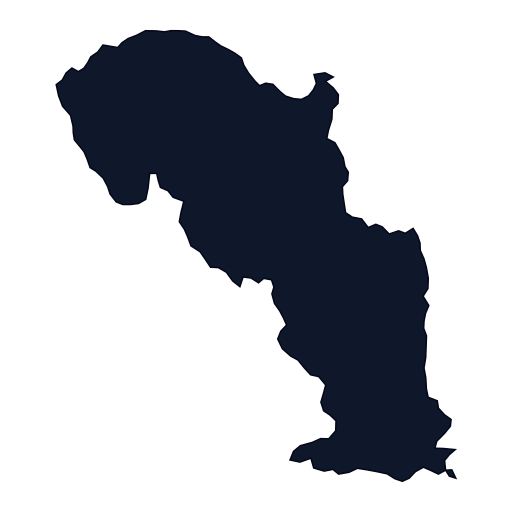 the district of José Raydan, Minas Gerais, Brazil
{"feature_id": "56859067B76751419616025", "entity_name": "José Raydan", "entity_type": "district", "adm_level": 2, "iso_a3": "BRA", "parent_name": "Brazil", "parent_adm1": "Minas Gerais", "projection": "orthographic", "projection_center": [-42.476, -18.259], "detail": "fine", "context": "isolated", "style": "filled", "palette": "ink", "viewbox_px": 512, "rotation_deg": 0, "n_neighbors": 0, "source": "geoboundaries", "source_scale": "gbopen_adm2", "svg_char_len": 2452}
<svg xmlns="http://www.w3.org/2000/svg" viewBox="0 0 512 512"><path d="M445.6,470.2L444.6,460.5L449.3,454.7L455.2,449.6L443.6,448.5L434.9,448.2L436.8,441.2L444.6,433.3L450.4,426.2L451.1,419.5L444.3,414.6L438.4,408.1L437.3,400.8L428.1,397.2L426.4,388.9L425.8,377.8L424.0,368.0L425.7,357.5L426.1,347.1L426.5,335.8L423.7,328.4L424.0,321.3L425.5,313.5L428.8,305.5L423.1,296.2L427.9,288.6L428.3,278.4L426.4,267.6L424.0,258.9L420.3,250.6L420.0,243.0L417.6,235.8L413.1,228.4L405.3,233.3L398.6,230.8L389.2,234.0L382.2,226.8L375.8,224.3L368.2,227.5L361.6,218.9L352.2,217.1L345.6,212.7L344.1,203.0L342.8,194.3L342.4,186.7L347.6,180.7L348.3,172.2L344.9,166.6L343.2,157.6L338.7,149.3L334.9,142.7L326.8,138.5L328.4,130.4L331.9,119.2L332.3,109.2L338.0,103.4L338.4,94.7L333.2,87.8L325.4,81.3L333.3,77.0L325.0,72.8L314.0,74.5L316.4,83.5L313.3,89.9L308.6,95.8L301.4,99.4L293.5,98.6L285.6,96.1L280.0,91.5L272.9,84.3L265.7,83.2L259.6,85.7L255.0,81.1L248.5,73.0L243.8,65.2L241.4,57.9L234.8,53.2L228.5,49.6L220.8,45.9L215.3,42.0L208.8,36.9L202.5,36.9L195.0,35.5L185.5,31.1L177.9,30.7L170.7,30.7L164.5,31.8L156.0,30.9L145.5,30.7L136.1,35.5L128.2,38.5L122.0,42.7L117.7,47.5L111.1,46.4L103.0,45.0L97.7,52.1L90.8,56.8L87.7,62.7L83.8,68.3L78.3,71.6L71.9,68.0L66.0,73.1L62.3,80.0L56.2,84.6L58.6,95.8L62.6,106.3L70.5,115.3L73.0,125.9L73.3,133.0L74.4,139.9L79.2,145.7L84.0,151.7L87.1,159.0L90.1,167.6L96.0,171.3L103.2,178.2L107.7,186.7L110.1,194.1L116.2,201.9L122.8,204.5L130.5,204.5L138.5,203.5L145.7,199.4L148.0,188.6L149.7,173.4L156.7,173.4L158.3,180.7L160.4,187.4L167.9,190.7L173.1,197.3L183.8,201.2L181.0,212.5L179.3,221.7L184.4,229.3L187.8,237.2L191.0,245.9L200.1,251.8L205.3,259.3L210.5,267.2L218.3,267.6L226.3,272.2L232.7,281.0L239.9,286.7L243.1,277.0L251.0,278.0L258.5,282.8L263.7,278.4L271.5,279.8L273.9,287.1L271.9,293.9L274.5,303.5L279.5,310.5L283.2,317.4L286.6,325.0L280.8,331.2L277.7,339.0L282.4,348.8L290.7,356.1L297.9,360.0L304.4,368.0L310.6,374.8L318.7,376.6L325.7,385.0L323.5,393.3L320.9,402.2L323.7,410.9L329.8,414.9L336.0,420.8L335.7,430.8L328.7,438.8L320.6,438.6L312.3,442.4L300.3,445.7L293.5,451.4L290.0,460.0L300.0,462.1L310.9,458.2L313.7,468.0L324.2,471.1L332.9,469.4L338.6,474.1L349.0,472.3L357.4,468.3L366.4,469.7L376.7,471.6L387.1,473.8L394.8,478.7L402.4,481.3L409.2,478.2L415.5,471.6L423.4,467.2L430.9,470.5L438.4,474.1L445.6,470.2ZM445.6,470.2L449.4,476.2L455.8,478.2L451.8,469.8L445.6,470.2Z" fill="#0f172a" stroke="#020617" stroke-width="1.5"/></svg>